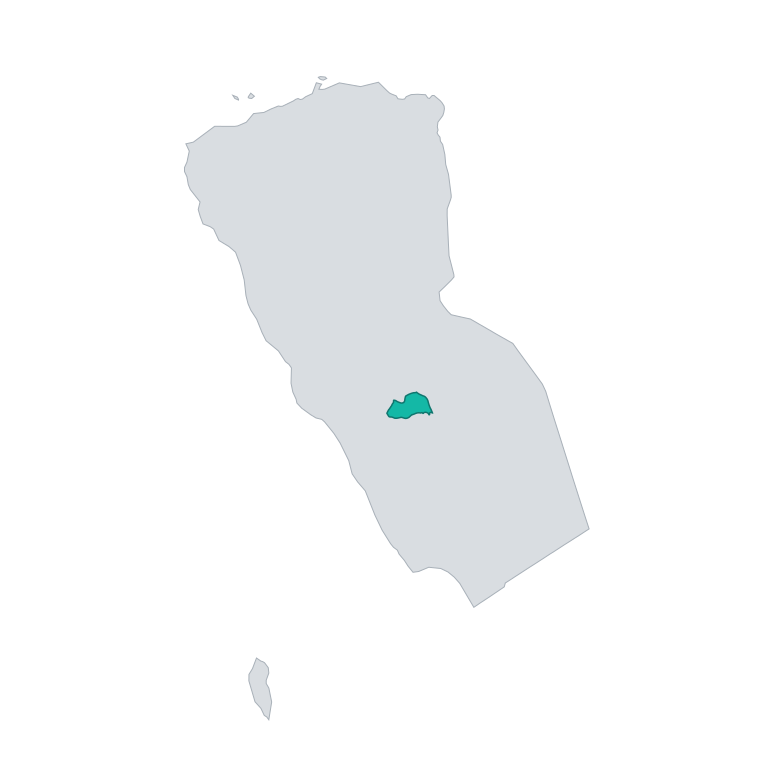 Tarim, Hadramawt, Yemen (highlighted), rotated 81°
{"feature_id": "15242507B10935646704236", "entity_name": "Tarim", "entity_type": "district", "adm_level": 2, "iso_a3": "YEM", "parent_name": "Yemen", "parent_adm1": "Hadramawt", "projection": "orthographic", "projection_center": [49.084, 16.078], "detail": "fine", "context": "in_parent", "style": "filled", "palette": "teal", "viewbox_px": 768, "rotation_deg": 81, "n_neighbors": 0, "source": "geoboundaries", "source_scale": "gbopen_adm2", "svg_char_len": 7390}
<svg xmlns="http://www.w3.org/2000/svg" viewBox="0 0 768 768"><g transform="rotate(81 384 384)"><path d="M618.6,330.2L592.7,340.4L585.8,344.8L579.7,350.2L575.1,356.8L572.0,368.5L574.6,379.1L574.5,384.8L567.7,388.7L561.4,391.5L554.4,395.7L550.2,396.8L546.7,400.2L542.7,402.5L528.1,408.7L512.0,413.5L486.6,419.2L476.7,425.3L467.8,429.5L454.1,430.8L435.4,436.6L425.0,441.2L412.1,448.6L409.2,451.0L406.9,456.5L402.9,461.2L395.1,469.0L389.2,473.0L385.3,473.2L377.7,475.3L368.7,475.7L353.6,472.9L349.7,474.8L346.5,477.8L334.8,483.1L322.8,493.7L314.1,496.4L300.1,499.6L290.2,504.0L283.6,505.7L275.1,506.5L259.3,505.8L244.4,507.2L230.6,510.0L224.0,515.6L216.5,524.5L204.3,528.0L201.4,531.1L197.6,537.7L189.7,539.3L182.6,540.2L175.4,537.2L161.6,544.9L156.4,546.1L148.5,546.2L143.0,547.8L139.0,547.2L134.0,543.9L123.5,539.9L115.8,542.1L115.3,534.5L103.0,511.0L106.2,490.9L106.2,488.1L103.9,479.0L96.5,470.5L97.0,460.1L94.7,452.6L92.9,444.9L93.6,442.8L93.8,441.0L90.2,429.1L89.0,426.6L88.6,424.2L89.9,422.3L89.9,420.1L88.0,416.4L86.0,409.4L75.9,403.7L78.1,398.7L80.1,400.6L82.7,402.2L83.4,398.9L83.5,396.4L79.6,381.0L86.6,360.7L85.1,342.3L94.9,335.1L97.5,333.0L98.9,331.0L101.3,326.9L104.5,325.6L105.7,321.3L105.7,319.0L103.7,317.1L102.4,311.9L103.1,305.4L103.7,302.7L104.8,297.7L108.3,296.0L109.1,294.5L106.6,291.3L106.9,289.4L112.8,284.3L115.1,282.8L118.8,281.2L121.7,281.3L125.0,282.4L128.0,283.9L130.8,286.7L133.8,289.8L138.4,291.1L141.6,290.9L144.2,292.3L146.4,291.6L149.0,290.1L153.0,290.3L156.6,288.6L166.9,288.0L176.8,288.7L187.1,287.5L197.4,287.8L207.8,288.1L210.1,288.4L212.3,289.4L221.0,294.2L227.6,295.3L241.0,296.8L255.3,298.4L267.6,299.7L278.1,298.7L286.9,297.9L289.2,298.1L291.8,301.1L297.0,308.3L301.8,315.2L310.5,315.6L316.1,313.1L322.3,309.6L326.1,306.8L330.5,295.8L333.3,288.6L339.8,280.6L345.2,273.9L352.4,265.1L356.3,260.2L364.1,250.4L371.6,246.7L385.8,239.4L399.8,232.2L408.9,227.6L416.6,225.4L429.6,223.6L444.8,221.4L460.1,219.1L476.3,216.7L494.4,214.0L506.7,212.2L522.5,209.8L535.6,207.8L547.3,206.0L559.2,204.1L561.6,209.5L564.0,214.8L566.3,220.2L568.7,225.6L571.0,231.0L573.4,236.3L575.8,241.7L578.1,247.1L580.5,252.4L582.9,257.8L585.3,263.2L587.6,268.5L590.0,273.9L592.4,279.3L594.8,284.7L597.2,290.0L599.5,295.3L603.2,297.0L605.5,301.9L608.8,309.0L612.1,316.1L615.3,323.2L618.6,330.2ZM658.2,546.7L661.4,547.2L666.3,545.3L680.5,544.7L697.6,550.3L694.5,551.9L692.6,554.1L685.1,556.3L677.7,561.1L656.1,563.9L649.7,562.8L644.5,558.4L634.7,552.8L638.4,549.0L639.2,547.3L640.6,545.6L646.1,542.7L651.5,543.0L658.2,546.7ZM80.7,472.2L80.0,473.3L79.1,473.1L75.9,470.1L79.5,467.0L81.3,470.0L80.7,472.2ZM72.5,399.8L70.8,400.9L70.4,398.8L71.6,394.1L73.3,392.8L74.4,396.4L73.6,398.3L72.5,399.8ZM78.7,486.6L75.2,488.2L77.7,484.0L80.1,483.1L80.8,483.3L78.7,486.6Z" fill="#d9dde1" stroke="#a8b0b8" stroke-width="1"/><path d="M419.7,377.7L419.7,377.3L419.8,376.9L419.8,376.5L419.8,376.3L419.8,376.2L419.8,375.6L419.8,375.2L419.7,374.8L419.7,374.6L419.7,374.3L419.7,373.9L419.7,373.4L419.6,373.1L419.6,372.8L419.6,372.7L419.6,372.3L419.6,372.2L419.8,371.6L419.9,371.3L420.0,371.2L420.1,370.9L420.3,370.5L420.5,370.1L420.6,369.9L420.8,369.6L420.9,369.4L421.0,369.1L421.2,368.6L421.3,368.4L421.3,368.2L421.4,367.7L421.4,367.3L421.4,366.9L421.4,366.6L421.3,366.2L421.2,365.7L421.1,365.4L421.0,365.0L420.9,364.7L420.7,364.4L420.5,364.0L420.4,363.9L420.2,363.6L420.0,363.3L419.8,363.0L419.7,362.9L419.6,362.7L419.4,362.4L419.2,362.0L419.0,361.8L418.9,361.7L418.8,361.3L418.8,361.0L418.7,361.0L418.7,360.5L418.6,360.1L418.6,359.9L418.6,359.7L418.5,359.3L418.4,358.9L418.3,358.5L418.2,358.3L418.2,358.1L418.1,357.8L418.1,357.7L418.0,357.3L417.9,356.9L417.9,356.5L417.8,356.1L417.8,355.8L417.8,355.3L417.8,354.9L417.8,354.5L417.9,354.2L418.0,353.7L418.0,353.4L418.1,353.0L418.1,352.9L418.2,352.7L418.4,352.2L418.3,351.9L418.2,351.5L418.2,351.1L418.3,350.8L418.4,350.7L418.6,350.6L418.8,350.3L419.1,350.1L419.1,349.9L419.1,349.7L418.8,349.4L418.7,349.3L418.6,349.1L418.5,348.8L418.4,348.4L418.4,348.0L418.4,347.6L418.5,347.4L418.5,347.2L418.6,346.9L418.7,346.6L418.8,346.4L419.0,346.0L419.2,345.7L419.4,345.4L419.7,345.2L420.0,344.9L420.3,344.8L420.4,344.7L420.7,344.6L420.9,344.5L421.0,344.5L421.4,344.3L421.4,344.1L421.4,343.9L421.1,343.7L420.9,343.7L420.7,343.7L420.4,343.6L420.0,343.5L419.7,343.3L419.5,343.0L419.4,342.8L419.3,342.7L419.4,342.3L419.5,342.0L419.5,341.9L419.7,341.6L419.8,341.2L420.0,340.9L420.1,340.7L419.7,340.7L419.3,340.9L419.1,340.9L418.8,341.0L418.5,341.0L418.0,341.2L417.5,341.3L417.0,341.4L416.9,341.4L416.5,341.6L416.0,341.7L415.5,341.9L415.4,341.9L415.0,342.1L414.9,342.1L414.6,342.2L414.4,342.2L414.2,342.3L413.8,342.4L413.6,342.4L413.3,342.5L413.1,342.5L412.7,342.6L412.3,342.7L411.9,342.7L411.7,342.8L411.2,342.9L410.8,342.9L410.4,343.0L410.0,343.0L409.5,343.1L409.3,343.1L409.1,343.1L408.6,343.2L408.3,343.2L407.9,343.2L407.8,343.3L407.4,343.3L407.0,343.4L406.9,343.4L406.7,343.5L406.3,343.6L406.1,343.6L405.8,343.7L405.6,343.8L405.3,344.0L405.2,344.1L404.9,344.2L404.7,344.3L404.2,344.6L403.9,344.8L403.7,344.9L403.5,345.0L403.2,345.3L402.9,345.6L402.6,345.9L402.5,346.1L402.3,346.3L402.1,346.7L401.9,347.1L401.7,347.5L401.5,347.8L401.2,348.2L400.9,348.7L400.5,349.2L400.4,349.5L400.2,349.7L400.0,350.1L399.8,350.4L399.7,350.5L399.4,350.9L399.3,351.0L399.1,351.3L398.8,351.6L398.5,351.9L398.2,352.3L397.9,352.6L397.6,352.8L397.3,353.0L397.2,353.1L397.3,353.4L397.4,353.8L397.4,354.1L397.4,354.5L397.4,354.9L397.4,355.3L397.3,355.6L397.3,355.9L397.3,356.1L397.3,356.4L397.3,356.5L397.3,356.8L397.4,357.3L397.4,357.7L397.5,358.1L397.5,358.5L397.6,359.0L397.7,359.4L397.8,359.8L397.9,360.2L397.9,360.3L398.0,360.6L398.1,361.0L398.1,361.3L398.2,361.5L398.3,361.8L398.4,362.1L398.6,362.4L398.6,362.5L398.7,362.8L398.8,363.2L399.0,363.6L399.1,363.8L399.1,364.0L399.3,364.3L399.4,364.5L399.5,364.6L399.9,364.8L400.1,364.9L400.2,365.0L400.6,365.1L401.0,365.3L401.3,365.4L401.8,365.6L402.2,365.7L402.6,365.8L402.8,365.9L403.1,366.0L403.5,366.1L403.8,366.2L404.2,366.4L404.5,366.7L404.6,366.8L404.8,366.9L405.1,367.1L405.2,367.3L405.3,367.4L405.4,367.8L405.5,367.9L405.5,368.2L405.6,368.7L405.6,369.1L405.6,369.3L405.6,369.5L405.5,369.9L405.4,370.3L405.2,370.7L405.0,371.0L404.9,371.2L404.8,371.4L404.6,371.7L404.4,372.1L404.2,372.4L404.1,372.6L404.0,372.8L403.8,373.1L403.5,373.5L403.3,373.8L403.1,374.1L402.8,374.4L402.5,374.7L402.2,375.0L402.1,375.3L401.9,375.7L401.8,375.9L401.7,376.1L401.7,376.5L401.6,376.8L401.6,377.0L402.0,377.2L402.4,377.2L402.5,377.2L402.7,377.3L403.1,377.4L403.5,377.4L403.7,377.5L403.8,377.6L404.4,378.2L405.2,379.0L405.8,379.4L406.5,379.8L406.7,380.0L406.8,380.1L407.0,380.3L407.3,380.6L407.6,380.9L408.0,381.2L408.2,381.4L408.3,381.5L408.6,381.8L408.8,382.0L409.2,382.3L409.5,382.6L409.7,382.9L409.8,383.0L410.1,383.3L410.3,383.5L410.5,383.7L410.6,383.8L410.9,384.0L411.2,384.2L411.6,384.5L412.0,384.8L412.3,385.0L412.7,385.3L412.8,385.4L413.1,385.5L413.5,385.7L413.8,385.6L414.1,385.4L414.5,385.3L414.8,385.1L415.2,385.0L415.4,384.9L415.5,384.9L415.8,384.8L416.2,384.6L416.5,384.4L416.9,384.2L417.2,383.9L417.3,383.6L417.5,383.3L417.5,383.2L417.6,382.9L417.6,382.7L417.7,382.1L417.8,381.7L417.9,381.4L418.0,381.3L418.1,381.0L418.2,380.9L418.3,380.6L418.4,380.4L418.5,380.3L418.6,380.0L418.8,379.8L419.0,379.5L419.1,379.4L419.2,379.2L419.4,378.9L419.5,378.5L419.6,378.2L419.7,377.7Z" fill="#14b8a6" stroke="#0f766e" stroke-width="1.5"/></g></svg>